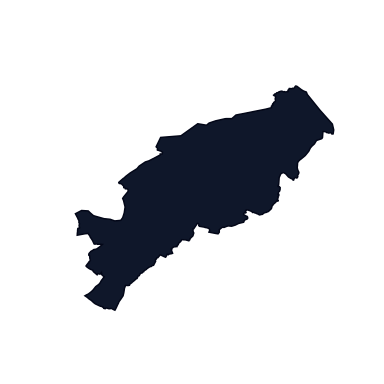 the district of Sirdal nor, Vest-Agder, Norway, rotated 34°
{"feature_id": "86288312B17397528681230", "entity_name": "Sirdal nor", "entity_type": "district", "adm_level": 2, "iso_a3": "NOR", "parent_name": "Norway", "parent_adm1": "Vest-Agder", "projection": "orthographic", "projection_center": [6.807, 58.845], "detail": "fine", "context": "isolated", "style": "filled", "palette": "ink", "viewbox_px": 384, "rotation_deg": 34, "n_neighbors": 0, "source": "geoboundaries", "source_scale": "gbopen_adm2", "svg_char_len": 5999}
<svg xmlns="http://www.w3.org/2000/svg" viewBox="0 0 384 384"><g transform="rotate(34 192 192)"><path d="M121.0,292.0L126.7,286.4L128.6,284.9L128.8,284.4L130.8,285.2L131.0,285.1L131.6,285.4L132.9,286.3L134.7,287.0L136.8,287.9L139.9,289.8L140.7,289.5L142.0,288.3L142.9,288.2L144.8,286.8L147.0,285.6L146.2,288.9L144.9,292.3L144.6,292.9L142.7,294.7L142.3,296.0L141.3,297.9L141.3,298.7L141.0,300.5L141.3,301.4L141.8,302.1L142.4,302.0L143.0,302.4L144.5,304.2L145.9,305.4L145.9,306.5L145.6,307.3L145.8,308.1L146.1,308.5L145.6,309.1L145.7,309.3L145.5,310.9L145.6,311.3L145.5,311.6L145.5,312.6L146.6,312.9L149.0,313.0L150.7,312.9L153.8,312.3L154.2,312.9L155.1,313.2L159.6,313.7L159.5,312.4L161.5,311.6L162.1,310.9L161.8,310.4L161.8,310.2L162.1,309.8L162.1,309.6L162.4,310.0L162.6,309.9L162.8,310.0L162.9,310.5L163.3,311.0L164.2,311.1L164.9,311.3L166.6,311.3L166.5,314.8L166.4,315.5L166.4,316.6L166.6,318.2L166.6,319.1L166.4,320.7L165.1,324.3L164.9,327.1L164.7,329.2L164.0,331.9L163.1,334.6L162.1,336.2L161.3,337.9L164.3,337.9L166.0,338.2L169.2,338.2L172.3,338.7L174.4,338.8L179.5,338.0L182.3,337.1L182.5,337.4L183.3,337.4L183.9,337.8L185.3,337.3L185.6,336.3L186.2,335.9L188.5,335.2L190.5,333.5L192.5,333.4L194.2,333.1L194.1,331.7L193.7,329.0L193.4,327.3L193.2,325.4L192.8,323.8L192.9,320.9L192.9,316.6L191.8,313.7L190.3,310.5L190.0,310.0L189.1,306.6L191.3,305.3L192.3,304.3L192.0,303.1L192.8,300.9L192.9,300.1L193.8,297.3L194.1,295.6L194.8,294.4L194.3,291.9L195.0,290.9L194.8,288.7L194.9,288.1L195.9,287.0L196.2,285.1L196.5,285.0L196.4,283.9L197.4,281.8L197.5,280.9L198.5,278.3L199.2,277.1L199.8,276.6L200.1,275.8L200.2,275.0L201.1,274.3L200.6,269.8L199.8,269.0L199.5,268.5L199.6,268.0L199.9,267.7L199.9,267.2L199.7,266.0L200.4,265.5L200.8,261.8L205.5,261.1L206.6,260.8L206.4,257.8L206.2,257.4L206.6,257.2L207.4,257.2L207.4,256.9L208.0,256.0L209.4,254.7L210.2,253.7L209.5,253.1L207.8,252.1L207.5,251.1L206.6,250.9L207.5,247.8L210.1,245.6L209.7,245.1L210.0,243.4L209.9,242.9L209.6,242.1L210.3,239.2L210.2,237.8L210.1,237.3L213.4,235.3L216.7,234.2L216.7,233.5L216.9,232.8L216.7,232.3L216.5,232.1L216.5,231.5L217.3,227.9L216.4,225.0L216.2,225.0L215.1,224.2L213.4,222.2L214.0,221.7L214.0,215.8L214.1,214.9L214.9,214.6L216.0,215.1L216.3,216.0L217.3,216.3L221.9,214.2L222.7,214.1L224.1,213.4L226.6,212.7L228.1,213.8L228.5,215.8L235.1,213.0L237.0,212.1L237.1,210.1L235.7,208.0L236.8,204.3L238.4,203.4L239.8,201.3L240.9,199.9L244.0,198.2L246.4,195.2L248.2,192.0L251.7,188.2L251.3,186.1L251.9,184.8L252.7,183.9L252.9,182.8L252.2,181.8L251.3,181.4L250.1,181.7L248.3,181.8L247.3,181.7L246.9,180.9L247.1,180.2L248.1,179.4L248.3,178.8L247.8,178.4L246.9,178.0L246.9,176.9L247.0,176.6L247.5,176.5L247.6,176.1L248.0,175.8L251.0,175.0L252.5,174.8L253.7,175.1L254.7,174.2L255.4,174.3L256.9,173.8L258.0,173.7L258.9,173.4L260.7,173.3L261.6,172.4L262.2,171.7L262.9,171.1L263.2,169.9L263.7,168.7L265.1,167.2L265.4,166.6L265.4,166.4L265.8,166.1L266.3,165.3L266.4,164.9L266.4,164.4L266.9,162.7L267.1,161.3L266.8,160.6L266.6,159.7L266.3,159.5L266.2,159.2L266.3,158.3L266.4,157.6L266.3,156.9L266.4,156.2L266.7,155.4L266.8,154.6L267.2,153.9L266.9,152.9L267.5,152.0L268.2,151.6L268.4,151.1L268.2,150.7L267.4,150.6L267.2,150.8L267.1,150.6L266.5,148.4L266.1,148.3L266.0,147.9L265.7,147.7L265.7,147.2L266.0,146.9L266.0,146.5L265.3,145.4L264.4,145.7L264.2,144.7L263.8,143.5L264.1,142.5L264.1,142.1L263.9,141.7L263.8,141.0L262.6,139.0L261.0,138.7L260.4,139.3L260.0,139.0L259.6,137.2L256.2,131.3L255.5,127.7L255.7,126.6L256.7,125.0L257.2,124.7L259.4,124.5L263.6,125.6L267.0,125.4L268.0,125.0L269.0,125.6L269.3,125.6L269.6,125.1L269.1,123.9L269.4,122.6L269.5,122.2L269.8,122.0L270.7,122.0L271.2,121.6L271.3,121.3L271.3,121.0L271.0,119.9L270.5,119.5L270.2,119.0L270.2,117.8L269.9,116.4L269.4,115.8L267.5,114.7L265.7,113.1L264.2,110.4L263.2,108.8L263.2,108.1L263.0,107.5L263.5,104.9L264.0,103.6L265.5,98.4L266.0,92.9L265.5,89.3L265.8,86.8L266.6,83.6L266.4,80.7L266.5,79.5L269.4,75.7L269.7,75.3L269.8,74.5L269.7,73.8L267.2,69.5L266.9,68.6L267.5,68.1L269.2,67.3L270.5,67.4L271.8,66.7L272.4,66.7L273.2,65.9L273.5,65.3L274.4,65.2L275.3,65.7L276.0,65.4L276.5,64.9L274.8,61.3L270.4,57.2L252.6,52.7L233.1,46.7L230.9,45.2L227.9,45.9L225.3,46.0L220.1,45.7L218.9,46.0L218.6,46.3L218.5,48.8L218.2,49.5L217.3,49.8L216.8,50.7L215.0,51.6L214.7,51.9L215.0,52.7L214.7,53.6L214.7,54.1L215.4,54.4L215.6,54.6L215.5,55.1L215.4,55.4L214.6,55.8L213.8,56.7L212.5,57.1L212.3,57.6L212.1,57.7L210.3,58.1L209.6,58.5L208.1,60.3L208.4,60.6L208.4,60.8L206.8,62.3L206.7,62.9L206.8,63.4L205.8,64.5L205.8,65.3L205.5,66.1L205.8,66.2L207.4,66.0L207.9,66.2L208.6,67.4L208.7,67.8L208.9,68.3L209.9,69.3L210.5,70.4L210.2,70.8L210.0,71.3L209.7,71.9L209.8,72.7L210.1,73.2L209.8,73.4L209.6,73.8L209.7,74.3L210.2,74.5L210.5,74.8L210.0,75.5L210.1,76.2L209.9,76.5L210.4,77.3L210.8,77.6L206.8,82.1L185.4,103.6L184.0,108.9L178.7,112.5L171.8,119.8L167.6,125.3L166.7,128.5L158.6,132.2L151.4,151.6L135.5,164.3L137.0,174.6L138.7,174.9L138.9,175.1L139.3,175.5L139.7,176.5L139.9,176.6L140.9,176.2L142.3,175.9L143.0,175.3L143.9,175.8L144.7,175.3L145.0,175.4L145.3,175.5L146.0,177.1L145.7,177.3L145.7,177.5L144.4,178.2L144.9,179.1L138.9,190.2L136.5,193.2L133.7,200.1L133.4,203.4L130.1,210.8L128.2,216.5L128.0,217.9L127.4,219.3L125.9,225.0L126.3,225.4L126.9,225.6L128.8,224.7L129.1,224.7L132.2,225.4L133.0,226.5L134.3,226.1L134.7,226.3L135.0,226.6L135.6,226.0L136.3,225.9L136.8,225.5L137.9,225.9L138.2,226.6L138.6,227.0L138.7,227.3L138.1,234.2L138.1,236.1L140.1,237.4L143.0,240.1L144.3,241.2L145.2,242.3L145.8,243.7L147.5,247.2L148.9,252.0L148.8,255.2L148.7,255.4L144.1,259.2L139.4,260.4L134.0,263.3L124.6,266.4L123.2,266.7L119.2,266.2L116.6,265.7L110.8,269.1L107.5,275.2L111.8,277.5L113.1,278.4L114.7,279.1L114.8,279.7L114.9,280.0L115.5,280.7L116.4,281.1L116.8,281.8L116.8,282.3L117.2,282.8L117.3,283.2L117.9,283.6L118.3,284.1L118.7,284.3L118.9,284.7L118.8,285.1L117.9,285.7L117.8,286.3L119.0,288.5L119.3,288.7L119.8,290.0L121.0,292.0Z" fill="#0f172a" stroke="#020617" stroke-width="1.5"/></g></svg>